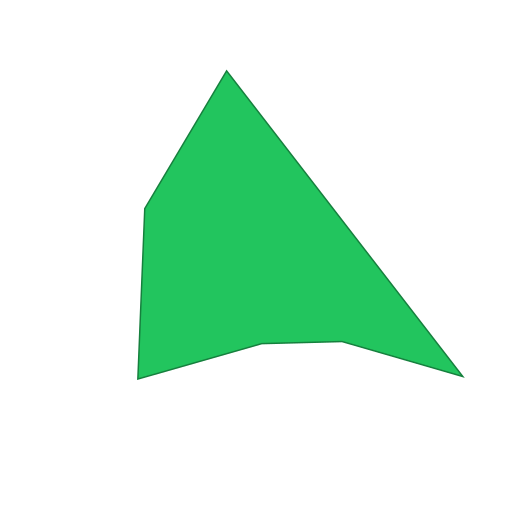 SVG path tracing the border of Trzin, rotated 70°
{"feature_id": "SVN-236", "entity_name": "Trzin", "entity_type": "Municipality", "adm_level": 1, "iso_a3": "SVN", "parent_name": "Slovenia", "parent_adm1": "", "projection": "albers", "projection_center": [14.555, 46.128], "detail": "fine", "context": "isolated", "style": "filled", "palette": "green", "viewbox_px": 512, "rotation_deg": 70, "n_neighbors": 0, "source": "natural_earth", "source_scale": "10m", "svg_char_len": 252}
<svg xmlns="http://www.w3.org/2000/svg" viewBox="0 0 512 512"><g transform="rotate(70 256 256)"><path d="M72.0,220.3L440.0,102.9L365.8,204.4L340.3,280.6L331.2,409.1L173.4,344.3L72.0,220.3Z" fill="#22c55e" stroke="#15803d" stroke-width="1.5"/></g></svg>